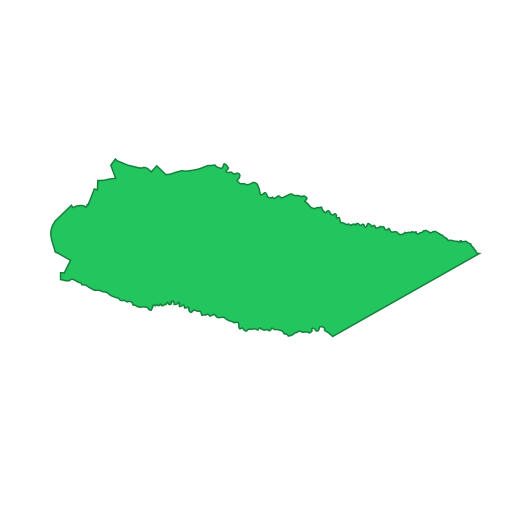 the district of Mazatecochco de José María Morelos, Tlaxcala, Mexico, rotated 31°
{"feature_id": "50627088B35944605315833", "entity_name": "Mazatecochco de José María Morelos", "entity_type": "district", "adm_level": 2, "iso_a3": "MEX", "parent_name": "Mexico", "parent_adm1": "Tlaxcala", "projection": "mercator", "projection_center": [-98.156, 19.192], "detail": "fine", "context": "isolated", "style": "filled", "palette": "green", "viewbox_px": 512, "rotation_deg": 31, "n_neighbors": 0, "source": "geoboundaries", "source_scale": "gbopen_adm2", "svg_char_len": 6134}
<svg xmlns="http://www.w3.org/2000/svg" viewBox="0 0 512 512"><g transform="rotate(31 256 256)"><path d="M446.2,138.8L444.1,139.8L442.4,139.2L441.8,138.4L440.2,138.0L437.4,136.7L434.9,136.2L434.1,135.1L431.3,135.5L428.8,135.2L428.2,135.4L426.6,136.6L425.1,138.3L424.6,138.5L424.3,137.3L424.0,137.2L423.0,138.2L422.8,139.1L422.2,139.7L420.9,139.8L418.1,141.2L415.4,141.9L414.3,142.5L413.4,143.5L412.4,143.5L410.0,142.7L407.5,142.9L405.2,142.2L403.2,142.6L401.7,142.4L400.0,142.6L398.1,142.5L396.6,142.8L395.1,144.1L394.4,145.6L393.7,146.3L388.4,146.5L387.4,147.7L386.7,148.1L386.4,150.0L384.7,151.6L383.5,153.9L381.7,154.0L381.3,153.6L381.1,153.0L380.7,152.9L379.7,154.1L378.8,154.2L378.3,154.9L377.1,154.8L376.1,156.8L374.9,156.8L372.8,159.0L371.4,159.1L371.4,160.0L371.1,160.9L369.5,162.8L368.2,163.6L365.5,163.3L364.3,162.9L363.4,163.2L362.0,164.0L360.9,165.2L359.1,165.8L356.3,164.1L355.7,163.9L355.3,164.3L355.2,165.8L354.8,166.3L352.9,166.6L352.3,166.5L351.6,165.8L350.3,165.2L349.8,165.4L349.3,166.2L348.5,166.5L347.5,166.4L346.4,168.5L344.6,170.3L343.9,170.1L342.5,169.1L341.8,168.9L341.2,169.1L340.8,169.7L340.3,171.1L339.4,171.0L338.8,170.5L338.2,170.3L336.3,170.2L335.5,170.3L335.2,170.7L335.2,171.2L335.5,173.5L335.3,174.4L334.7,175.0L334.0,175.1L332.5,173.7L331.5,173.6L330.9,174.1L330.4,175.4L329.5,175.9L328.5,176.0L326.9,175.6L325.6,176.2L325.3,176.7L325.6,177.5L325.6,178.1L324.0,178.1L323.0,178.5L321.6,180.4L321.3,181.1L318.9,180.8L317.9,182.1L317.0,182.5L315.5,182.5L313.2,182.9L311.6,183.8L309.4,182.1L307.7,180.3L307.4,180.2L306.9,180.7L306.0,181.8L305.2,181.9L304.1,179.7L303.4,179.2L302.1,179.0L301.4,179.6L301.2,181.0L300.4,181.6L298.1,181.3L296.3,180.2L295.3,179.9L294.4,180.0L293.9,180.9L293.6,182.6L293.4,183.1L292.3,183.1L290.3,182.6L288.8,182.0L287.3,180.6L286.6,180.6L286.2,180.8L285.1,182.2L283.4,183.0L283.1,183.4L282.8,184.2L281.1,185.6L278.5,186.0L277.1,185.8L272.9,184.4L271.0,184.1L270.1,184.2L269.7,184.0L269.6,183.5L270.1,181.6L270.0,180.4L269.8,180.1L267.4,179.6L266.1,179.8L265.5,180.4L264.8,181.7L263.6,181.6L262.3,182.4L261.3,182.3L258.2,184.2L256.2,184.5L254.9,184.5L253.6,185.1L248.9,192.2L247.4,193.2L245.0,192.7L244.2,193.0L243.6,194.2L243.0,196.0L241.9,197.4L239.7,197.1L239.4,197.5L239.3,198.1L238.3,198.9L235.8,199.4L235.1,199.2L233.9,198.0L232.5,197.2L231.2,197.0L230.7,197.4L229.8,200.1L228.9,200.9L227.8,200.8L224.4,197.1L220.6,194.1L219.8,193.7L217.7,193.7L215.8,194.2L213.2,198.3L211.2,199.8L208.9,200.0L206.3,201.5L205.8,202.0L204.6,202.1L202.4,201.7L201.2,201.2L200.9,199.8L201.4,198.0L201.3,196.8L200.7,195.2L199.8,194.5L198.9,194.2L197.5,194.6L196.8,195.0L195.9,196.4L194.4,197.3L192.7,196.9L191.4,196.9L190.2,198.0L189.0,198.8L187.5,199.3L186.8,199.0L186.4,198.4L187.2,196.4L187.1,194.8L184.6,193.6L183.0,193.2L181.7,193.2L181.2,193.5L181.1,194.1L181.9,196.8L181.5,198.3L180.8,199.0L177.9,199.6L175.7,199.8L173.8,199.2L171.7,201.0L168.1,203.3L162.8,210.2L159.7,213.3L154.7,217.5L151.9,219.6L148.6,221.0L144.6,225.0L140.3,230.1L136.8,232.7L124.5,229.8L122.8,238.0L120.0,237.1L117.7,236.9L115.2,237.3L113.8,238.2L112.6,239.6L110.1,240.8L99.2,244.2L87.8,245.9L85.5,245.3L84.8,253.0L95.7,261.7L91.0,265.3L86.9,269.3L81.5,272.8L86.0,281.0L82.9,281.8L84.9,293.2L85.4,297.2L86.0,298.6L85.6,299.2L85.0,299.1L85.4,300.9L84.9,302.0L82.9,301.6L80.3,302.6L76.6,305.4L74.3,308.7L73.6,308.7L71.7,307.6L66.1,328.6L65.8,330.1L65.9,333.9L66.2,336.1L66.8,338.6L67.7,341.0L69.0,343.3L72.4,347.3L82.0,356.0L84.8,355.6L99.3,355.3L99.8,362.7L100.4,369.2L97.1,371.0L100.6,376.9L102.8,376.0L104.9,375.5L108.0,373.9L108.5,373.4L109.7,371.1L111.5,370.1L117.5,370.0L119.4,369.2L120.1,369.3L121.1,370.2L121.7,370.3L123.7,369.2L125.8,368.6L128.8,368.9L134.1,368.7L135.4,368.4L139.5,366.0L141.6,365.8L143.1,365.5L146.2,364.2L147.7,364.1L150.6,364.6L153.0,364.6L156.1,364.0L160.2,363.0L162.1,363.8L163.3,363.6L164.5,363.1L165.7,361.9L169.3,361.7L170.4,360.4L172.0,359.6L174.2,359.9L175.2,360.9L176.2,361.3L177.9,360.4L180.6,360.5L181.5,360.2L183.2,359.5L185.7,357.5L188.5,356.3L189.6,356.1L191.6,356.9L192.8,357.1L194.0,356.5L194.0,355.0L193.3,351.1L193.6,350.7L195.2,350.6L195.6,350.4L195.8,348.7L196.2,348.4L197.6,349.0L198.4,348.6L198.8,347.0L199.2,346.3L199.8,346.4L200.0,346.9L200.5,347.2L201.1,347.0L201.8,346.5L202.6,344.7L203.1,344.5L203.8,343.9L203.8,341.5L204.8,341.3L205.7,342.2L206.8,342.3L208.1,340.7L208.0,340.0L206.8,339.5L207.1,338.2L207.4,337.9L207.8,338.2L208.6,337.4L209.1,337.6L210.3,338.8L210.8,339.7L211.7,339.2L213.2,337.6L213.4,336.6L213.4,335.5L213.8,335.4L214.9,336.2L215.9,338.4L216.4,338.6L216.9,338.5L217.7,337.6L218.6,335.8L219.3,335.5L220.4,335.8L221.3,337.1L221.9,337.3L222.0,336.9L224.5,335.0L225.2,334.9L225.8,336.2L226.9,337.5L229.0,338.0L229.9,337.0L230.2,334.9L230.8,334.2L234.6,333.4L235.7,332.5L236.5,332.2L237.6,332.4L239.9,334.6L240.6,334.4L241.1,333.7L242.2,333.1L242.6,332.5L243.3,332.5L244.6,330.6L245.4,330.6L247.0,331.2L247.7,331.2L247.8,330.7L248.7,329.8L249.4,328.7L249.8,327.8L250.1,327.6L251.0,327.8L251.8,327.6L253.2,328.5L254.6,328.6L255.5,328.2L259.9,325.1L263.3,325.5L266.5,325.3L268.7,324.6L270.4,324.4L271.4,324.6L273.7,322.6L274.2,322.4L275.4,322.4L275.9,322.7L278.2,326.1L279.4,326.8L280.2,326.3L281.0,325.0L281.9,324.8L284.2,325.7L285.2,325.7L286.5,325.2L287.0,323.3L287.7,321.9L288.5,321.9L290.0,321.2L291.4,319.7L293.2,318.7L295.1,318.7L295.7,318.5L295.7,316.5L296.0,316.0L296.6,315.7L298.0,315.9L301.3,315.3L303.4,313.3L305.9,313.3L306.7,312.0L306.6,309.8L307.2,309.5L309.7,309.6L312.2,308.1L313.9,307.5L316.8,306.8L318.7,307.2L319.5,307.9L320.3,308.2L322.4,307.3L323.8,307.3L324.6,307.9L325.2,307.8L326.4,306.7L327.8,304.9L328.3,304.0L328.6,302.5L330.4,300.5L330.9,299.7L331.0,298.9L331.5,298.3L332.8,297.6L333.7,297.7L334.2,297.4L335.4,297.3L338.8,294.8L339.4,294.6L340.9,294.6L341.6,294.3L342.4,292.6L342.6,291.2L341.5,290.0L341.2,289.3L341.6,288.9L342.4,288.3L343.5,288.2L346.0,289.3L346.6,289.1L347.0,288.6L347.8,288.1L347.8,286.7L347.1,284.2L347.5,283.6L348.5,282.9L350.8,282.2L352.1,282.8L352.4,283.6L353.0,284.2L354.2,284.6L357.0,284.4L362.2,285.2L363.1,285.6L446.2,138.8Z" fill="#22c55e" stroke="#15803d" stroke-width="1.5"/></g></svg>